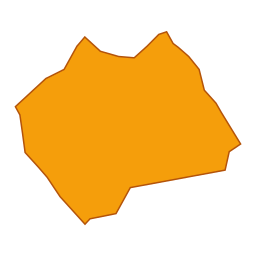 Gwacheon-si, Gyeonggi, South Korea
{"feature_id": "91817680B14096955932506", "entity_name": "Gwacheon-si", "entity_type": "district", "adm_level": 2, "iso_a3": "KOR", "parent_name": "South Korea", "parent_adm1": "Gyeonggi", "projection": "albers", "projection_center": [127.005, 37.42], "detail": "fine", "context": "isolated", "style": "filled", "palette": "amber", "viewbox_px": 256, "rotation_deg": 0, "n_neighbors": 0, "source": "geoboundaries", "source_scale": "gbopen_adm2", "svg_char_len": 507}
<svg xmlns="http://www.w3.org/2000/svg" viewBox="0 0 256 256"><path d="M77.0,46.1L64.1,69.4L45.9,78.5L16.2,105.9L15.4,106.7L19.9,114.9L22.5,133.1L25.1,152.5L38.1,166.8L47.1,177.2L60.1,196.7L85.0,224.2L90.0,218.8L116.0,213.6L130.3,187.6L225.1,170.1L229.2,151.7L240.6,144.0L221.2,112.3L216.0,103.2L204.3,90.2L199.1,69.4L188.7,56.5L178.3,47.4L173.1,43.5L166.6,31.8L158.8,34.4L147.2,46.1L134.2,57.8L118.6,56.5L100.4,51.3L84.8,37.0L78.5,44.4L77.0,46.1Z" fill="#f59e0b" stroke="#b45309" stroke-width="1.5"/></svg>